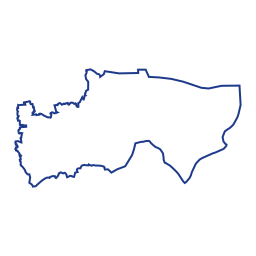 the district of As-Salamiyeh, Hamah, Syria
{"feature_id": "27442178B43082534172912", "entity_name": "As-Salamiyeh", "entity_type": "district", "adm_level": 2, "iso_a3": "SYR", "parent_name": "Syria", "parent_adm1": "Hamah", "projection": "equal_earth", "projection_center": [37.215, 35.173], "detail": "fine", "context": "isolated", "style": "outline", "palette": "blue", "viewbox_px": 256, "rotation_deg": 0, "n_neighbors": 0, "source": "geoboundaries", "source_scale": "gbopen_adm2", "svg_char_len": 5524}
<svg xmlns="http://www.w3.org/2000/svg" viewBox="0 0 256 256"><path d="M171.4,78.9L158.5,77.4L148.9,76.9L145.7,69.7L138.1,69.7L138.2,73.0L119.1,73.4L104.8,71.2L103.8,74.2L100.2,76.9L100.0,75.5L99.3,74.5L99.0,74.3L98.6,74.1L96.9,73.7L93.6,70.9L93.2,70.9L92.9,70.6L90.6,69.4L86.3,70.1L86.2,70.7L86.9,70.7L86.4,73.3L85.6,75.0L85.4,75.2L86.1,79.1L87.6,81.0L88.2,81.7L88.2,85.2L88.1,89.3L88.2,89.6L86.2,90.7L85.4,93.4L85.2,93.3L85.0,94.1L84.9,94.6L84.9,95.2L85.3,95.5L84.6,95.7L83.8,99.4L83.5,99.4L82.3,97.2L79.7,102.3L78.3,103.1L78.4,106.8L77.6,106.9L77.1,106.7L76.2,105.5L76.2,104.4L76.1,103.8L75.7,103.5L75.4,103.3L74.2,103.9L72.7,102.7L72.3,102.8L71.8,102.8L71.3,102.6L70.7,102.7L70.5,102.8L69.8,103.7L69.3,103.8L69.4,104.3L69.1,104.6L68.8,104.7L68.2,104.3L68.2,104.1L67.7,103.6L67.6,103.3L67.6,103.0L66.6,103.2L66.4,103.3L66.3,103.2L65.8,103.5L64.6,103.7L64.3,103.7L64.4,104.0L64.0,104.0L63.9,104.1L62.5,104.2L61.9,104.7L60.8,103.6L59.6,103.0L57.8,104.2L57.9,104.5L57.8,104.8L57.6,105.0L57.4,105.2L56.9,105.0L54.5,105.3L54.6,105.7L55.3,108.2L55.4,108.5L55.8,109.9L55.9,110.7L56.0,111.2L56.7,112.0L57.5,112.4L55.7,113.1L54.2,113.3L53.9,113.0L53.3,112.6L53.0,112.5L52.0,112.3L51.7,112.5L51.5,112.9L50.7,113.0L50.4,113.4L50.5,113.8L50.9,114.0L51.1,114.2L51.3,114.5L51.3,114.9L51.1,116.2L50.9,117.0L50.6,117.6L50.4,117.7L49.7,117.4L48.8,117.3L48.2,117.3L47.8,117.4L45.4,116.2L44.8,116.1L44.5,115.9L44.0,115.6L42.3,114.5L41.8,114.1L41.2,113.9L40.7,113.8L40.5,113.7L39.7,113.7L39.2,113.9L39.3,114.7L38.9,114.7L36.4,115.1L36.3,114.6L36.2,114.4L35.9,114.3L32.7,114.8L32.8,114.6L32.5,113.1L33.1,112.9L33.1,112.7L33.2,112.4L33.2,112.2L33.3,112.2L33.6,112.0L34.1,111.9L34.0,110.8L34.6,110.8L34.4,110.3L33.8,107.2L33.1,107.4L32.5,104.0L31.2,104.2L30.7,104.1L30.4,103.6L30.1,101.5L29.7,101.2L27.4,101.8L23.9,102.4L24.0,103.1L25.1,103.1L25.1,104.0L25.2,104.4L25.3,104.7L22.4,104.8L18.4,105.2L18.2,105.1L18.2,105.3L18.1,106.2L17.9,106.8L18.0,107.2L18.2,108.1L17.6,108.2L17.3,108.0L17.2,108.4L17.2,108.7L17.1,109.0L17.3,110.8L18.0,111.5L17.5,112.7L17.4,113.1L17.4,113.4L17.4,114.1L17.8,116.0L18.6,116.0L18.6,116.3L18.5,116.6L18.0,117.7L17.7,117.7L17.4,118.0L17.3,118.4L17.5,118.7L17.9,120.1L18.0,120.3L18.0,120.6L19.3,120.5L19.8,120.9L19.8,122.2L19.9,123.0L19.8,124.3L19.9,125.0L20.2,125.2L21.7,125.0L22.4,124.9L22.6,124.9L22.7,125.7L23.3,125.5L23.5,125.4L24.8,125.4L25.2,125.5L25.6,125.4L26.1,125.4L26.1,126.0L26.2,126.4L26.2,126.8L22.1,127.1L21.5,127.1L21.2,127.1L19.8,127.6L19.8,127.9L20.0,128.6L20.0,128.9L19.2,129.6L18.9,129.6L18.4,130.3L18.5,131.4L18.8,132.5L18.7,132.8L18.8,133.1L19.1,133.4L19.6,133.5L20.2,133.3L20.6,133.0L21.3,133.0L22.1,133.2L21.9,133.5L21.9,133.9L21.7,134.5L21.7,135.6L21.6,135.8L21.4,136.1L21.3,136.9L21.4,137.4L21.2,137.9L20.7,137.9L20.5,138.1L20.5,138.3L20.6,138.5L20.7,138.8L20.8,138.7L20.9,138.9L20.9,139.6L21.1,140.1L21.4,141.8L21.4,142.5L21.1,142.4L19.8,141.8L17.9,141.1L17.7,141.2L15.7,141.4L15.5,141.8L15.6,142.5L15.4,142.5L15.8,144.6L16.6,144.4L17.0,145.6L17.3,145.9L17.5,146.0L17.7,147.0L17.5,147.3L17.3,147.4L16.3,147.3L16.2,147.5L15.9,147.5L15.9,148.2L15.8,148.6L15.5,148.7L15.4,148.9L15.6,149.0L15.6,149.3L15.8,149.4L15.9,149.6L16.0,149.7L16.0,150.1L16.0,150.4L16.3,150.7L16.9,150.8L17.3,150.7L17.4,150.9L17.5,150.9L17.7,151.3L18.5,152.3L18.9,152.7L19.7,154.2L19.9,154.4L20.0,154.8L20.4,155.1L19.5,155.3L19.6,155.7L19.8,156.2L20.1,156.2L20.1,156.3L20.0,156.5L20.1,156.9L20.6,157.0L20.3,157.6L20.5,158.3L20.6,158.8L20.7,159.0L20.7,159.5L20.3,159.7L19.9,159.8L20.0,160.1L19.9,160.4L19.9,160.8L20.3,161.4L20.6,161.5L20.7,162.2L20.8,162.5L20.8,163.0L20.7,163.4L20.7,164.4L20.6,164.9L20.7,165.1L21.2,165.3L21.4,166.0L22.0,166.4L22.2,166.5L22.6,166.9L22.8,167.2L23.0,167.4L25.0,170.1L25.5,171.9L27.5,174.3L28.3,174.3L29.4,174.4L29.4,174.8L30.2,177.4L29.3,182.8L31.6,184.3L32.7,185.9L32.9,186.6L35.7,186.2L37.8,184.2L41.9,180.6L45.2,178.4L46.5,177.8L48.1,177.5L49.5,177.9L49.9,177.1L52.2,176.2L52.6,176.1L53.6,176.1L54.8,176.1L55.4,177.7L56.1,178.0L58.2,175.6L58.7,173.8L58.9,173.4L59.4,173.4L59.6,173.3L59.8,172.9L60.2,172.5L60.9,172.4L63.2,173.4L64.4,172.8L64.8,172.9L65.3,173.1L65.6,173.6L66.1,174.0L66.4,174.6L67.0,177.0L67.2,177.3L70.2,175.8L71.8,176.1L72.2,176.5L74.0,176.9L74.5,175.5L74.7,174.5L75.1,172.7L77.6,172.0L77.1,171.2L76.9,170.3L76.8,169.8L77.0,169.3L77.2,169.2L77.9,168.5L78.6,168.4L80.4,168.3L80.4,168.0L80.5,167.8L81.7,165.8L82.3,165.4L83.9,165.0L84.5,164.9L84.8,165.1L88.5,165.4L88.7,164.7L88.8,164.5L89.2,164.8L89.6,164.9L91.3,165.5L91.5,165.7L92.0,165.6L93.1,165.1L93.7,165.1L95.3,165.5L95.6,165.6L96.6,165.5L100.3,165.7L100.8,165.8L101.0,165.8L101.4,165.9L103.6,166.5L104.0,166.8L104.4,167.2L104.6,167.6L104.4,168.0L104.9,169.5L105.8,169.5L107.7,169.3L108.2,169.5L111.4,172.6L117.2,169.3L125.3,166.2L132.1,155.0L134.0,149.2L135.4,143.3L141.0,141.9L141.7,141.8L143.2,141.8L143.8,141.6L146.2,141.0L148.9,140.9L149.8,141.5L151.0,143.1L153.5,145.4L155.7,147.1L157.7,147.8L160.3,149.4L162.5,152.6L162.9,153.3L163.5,156.9L163.7,159.9L164.8,162.8L165.5,162.9L170.1,165.7L173.2,168.5L176.3,171.6L178.4,174.0L183.3,181.5L184.8,183.0L186.3,181.9L189.5,178.1L190.9,175.4L191.8,172.3L195.8,163.7L199.6,159.6L202.1,158.1L212.4,153.5L215.2,152.6L222.0,149.6L223.6,148.9L224.1,148.4L224.5,147.9L225.3,147.1L226.4,145.6L226.5,144.6L225.2,143.7L223.5,141.5L222.6,137.2L223.7,134.1L224.9,131.3L226.8,129.9L229.3,128.3L230.6,127.3L233.3,124.7L237.3,117.5L238.4,114.4L240.6,105.0L239.5,85.6L221.5,85.8L208.6,88.5L201.4,87.8L183.2,81.7L171.4,78.9Z" fill="none" stroke="#1e3a8a" stroke-width="2"/></svg>